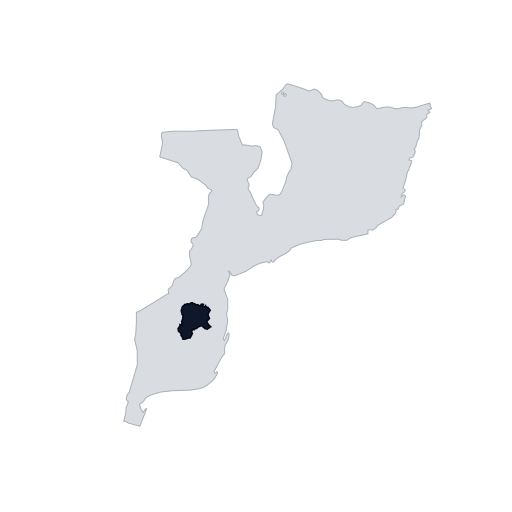 location of Mabote, Inhambane, Mozambique, rotated 17°
{"feature_id": "85939544B65323255513357", "entity_name": "Mabote", "entity_type": "district", "adm_level": 2, "iso_a3": "MOZ", "parent_name": "Mozambique", "parent_adm1": "Inhambane", "projection": "albers", "projection_center": [33.733, -22.104], "detail": "fine", "context": "in_parent", "style": "filled", "palette": "ink", "viewbox_px": 512, "rotation_deg": 17, "n_neighbors": 0, "source": "geoboundaries", "source_scale": "gbopen_adm2", "svg_char_len": 7858}
<svg xmlns="http://www.w3.org/2000/svg" viewBox="0 0 512 512"><g transform="rotate(17 256 256)"><path d="M158.1,344.8L161.2,342.3L182.2,318.5L183.5,317.6L181.8,313.7L184.5,309.1L184.8,302.0L185.7,300.9L188.9,298.5L193.4,291.2L196.2,285.5L196.5,282.8L192.4,275.2L191.1,271.0L192.4,267.5L192.8,264.1L192.2,263.0L189.7,261.6L189.3,260.2L189.3,258.4L189.8,257.4L192.8,255.8L193.5,255.0L196.0,246.0L195.1,239.3L195.0,231.5L195.6,223.6L195.3,219.1L193.3,213.9L193.1,210.1L194.5,207.5L194.7,206.0L189.9,205.2L187.4,203.0L178.2,199.7L171.0,199.3L165.0,194.2L160.4,193.4L154.3,189.7L135.5,189.4L134.9,189.0L133.9,177.5L133.1,173.8L130.7,169.8L130.0,167.0L130.1,165.2L140.5,160.8L160.9,154.6L165.5,152.6L200.5,140.6L201.5,141.3L205.0,147.3L210.8,154.0L212.3,153.1L220.7,152.0L221.9,151.1L224.5,150.5L227.4,150.2L228.4,150.6L231.5,154.8L232.5,162.6L232.6,167.9L232.2,171.7L229.7,176.0L227.9,181.5L225.2,184.5L225.3,185.9L228.3,189.3L228.9,190.6L228.7,193.5L229.2,194.7L231.8,196.4L233.8,199.2L241.3,207.2L243.2,208.6L244.7,209.0L245.4,210.6L245.0,212.4L243.8,213.4L244.3,214.9L245.7,216.1L249.1,216.0L249.5,215.4L249.4,208.4L248.2,204.3L246.8,202.4L249.8,194.8L251.4,192.7L257.0,192.0L259.6,191.3L260.7,190.4L261.6,188.0L262.4,181.2L262.7,174.9L262.2,171.2L263.1,165.6L264.4,162.2L263.8,161.5L263.4,156.8L249.3,138.0L241.2,129.6L239.9,128.7L235.4,128.0L233.0,124.9L231.2,108.2L228.2,96.1L233.0,88.2L234.6,83.1L235.6,82.3L239.7,82.0L254.0,82.3L257.5,82.8L259.2,82.4L262.9,79.3L266.0,79.4L270.1,81.4L272.3,83.2L272.7,84.7L275.5,85.6L280.6,85.9L284.4,85.2L286.8,83.5L289.3,82.6L291.8,82.6L293.8,83.2L295.1,84.6L297.6,85.6L301.3,86.2L305.4,85.5L309.9,83.3L312.5,81.0L314.0,77.1L314.8,76.6L321.1,76.4L324.4,77.3L328.6,79.8L336.1,75.7L340.9,74.3L345.3,74.5L349.0,73.6L352.0,71.6L355.0,70.3L361.3,69.0L365.5,67.0L377.5,58.9L378.7,61.5L380.9,63.8L377.7,66.2L380.3,67.8L378.3,70.1L378.0,71.8L378.8,73.4L377.4,76.1L375.6,78.1L375.1,79.6L376.5,82.5L375.5,87.5L377.5,95.9L376.6,98.6L376.9,105.2L375.9,107.5L377.3,108.4L378.0,111.1L377.1,115.6L374.5,117.4L374.2,119.3L377.3,119.5L377.1,125.2L376.6,126.9L377.2,128.9L376.2,131.0L376.9,140.2L376.7,146.9L376.9,148.0L379.5,149.3L379.4,151.1L377.5,153.4L377.5,157.0L379.5,154.2L380.7,154.3L381.7,155.5L381.5,159.5L382.0,161.6L381.7,163.3L378.4,166.5L378.1,169.8L376.8,170.1L376.2,170.9L376.9,172.8L376.8,174.5L374.4,179.5L363.3,191.3L362.9,193.4L360.1,197.1L357.1,197.6L355.5,198.6L356.6,202.1L342.2,210.2L340.7,211.3L338.3,214.4L333.6,215.9L328.6,216.0L327.7,216.6L316.1,220.3L313.8,222.1L308.9,223.7L301.2,227.9L294.8,231.8L287.6,237.8L286.6,241.1L283.2,245.4L278.1,250.4L275.1,254.6L274.8,256.5L273.1,257.0L271.6,255.2L270.9,258.6L269.7,258.8L268.4,258.1L262.1,261.7L257.3,265.8L250.7,273.7L241.0,281.4L238.8,281.6L235.8,278.9L234.2,278.6L236.6,281.6L236.4,288.1L235.2,295.8L235.3,297.4L241.6,305.6L244.6,315.1L244.8,320.0L247.9,326.3L249.2,335.7L248.8,344.4L250.3,345.9L250.9,344.6L251.2,339.1L252.0,337.6L252.9,337.9L253.7,340.9L253.9,344.0L252.6,350.8L253.0,353.6L254.5,358.3L252.6,363.7L249.7,378.6L250.3,379.6L251.7,379.9L252.2,378.3L253.0,378.3L253.5,379.3L252.2,385.1L251.1,387.7L246.9,394.0L244.7,396.6L241.0,399.3L232.5,403.4L215.4,409.3L204.6,414.0L196.1,419.6L192.4,423.4L190.9,427.7L188.0,432.2L190.6,435.9L193.8,438.6L195.2,434.1L196.1,434.1L194.7,452.7L183.0,453.1L179.7,452.4L177.8,452.6L177.5,444.8L176.1,439.0L176.6,434.9L176.4,432.6L173.9,431.2L173.3,426.7L174.6,423.3L174.3,394.8L170.0,381.0L164.2,371.1L163.9,366.1L161.2,355.1L158.1,344.8ZM236.1,95.0L237.6,94.3L237.9,92.9L236.9,92.3L236.0,92.4L235.6,94.6L236.1,95.0ZM235.1,92.5L233.9,91.5L233.0,91.7L232.7,92.6L233.6,93.7L234.6,93.8L235.1,92.5Z" fill="#d9dde1" stroke="#a8b0b8" stroke-width="1"/><path d="M211.2,356.7L211.5,356.6L212.0,356.5L212.3,356.4L212.5,356.3L212.6,356.1L212.9,355.9L216.0,353.8L217.0,353.6L217.9,348.7L216.4,347.1L217.2,344.6L217.3,344.5L217.9,344.5L217.7,344.3L217.6,344.2L217.7,343.9L217.9,343.8L218.2,343.7L218.7,343.5L218.9,343.5L220.0,343.0L221.9,340.4L224.5,338.4L225.6,338.9L225.7,339.0L226.0,339.2L226.1,339.3L226.3,339.3L226.6,339.6L227.0,339.6L227.4,339.8L227.7,339.9L228.0,340.3L230.7,340.3L233.5,336.9L231.3,335.9L229.6,334.6L228.1,333.0L228.0,332.9L228.0,332.7L228.8,331.6L228.9,331.1L229.8,329.4L227.7,326.8L227.5,326.6L227.3,326.1L227.3,325.7L227.2,325.4L227.2,325.1L227.3,324.8L227.3,324.6L227.3,324.4L227.4,324.2L227.5,324.1L227.5,323.5L227.5,323.1L228.1,321.5L227.7,321.2L227.5,320.7L227.2,320.5L227.0,320.3L226.6,320.2L226.2,320.1L225.6,319.9L225.5,319.7L225.3,319.2L225.2,319.2L224.8,319.2L224.4,319.4L224.1,319.4L223.9,319.2L223.1,319.1L222.6,318.8L222.4,318.5L222.3,318.3L222.2,318.5L222.1,318.8L222.0,319.0L221.6,319.4L221.1,320.0L220.9,319.9L220.4,319.9L219.9,319.9L219.9,319.7L219.8,319.4L219.8,319.2L219.8,318.6L219.7,318.3L219.8,318.1L220.0,317.9L220.0,317.6L219.9,317.6L219.6,317.6L219.3,317.8L218.6,317.8L218.4,317.7L218.2,317.9L217.9,318.0L217.7,318.2L217.7,318.4L217.8,318.5L217.8,318.8L217.8,319.0L217.7,319.1L217.6,319.3L217.4,319.4L217.4,319.5L217.5,319.5L217.4,319.7L217.4,319.8L217.3,320.0L217.2,320.0L217.1,319.9L216.8,320.1L216.6,320.1L216.2,320.3L216.0,320.2L215.7,320.1L215.5,319.9L215.3,319.8L215.3,319.7L215.2,319.7L215.1,319.8L215.0,319.7L214.9,319.7L214.7,319.7L214.4,319.6L214.2,319.8L213.9,319.9L214.0,320.1L213.9,320.2L213.6,320.3L213.4,320.4L213.3,320.5L213.2,320.5L213.1,320.4L212.9,320.4L212.7,320.2L212.6,320.3L212.5,320.1L212.3,320.1L212.2,320.2L212.1,319.9L211.8,319.9L211.6,319.8L211.6,319.7L211.3,319.5L211.2,319.5L210.7,319.8L210.6,319.7L210.4,319.7L210.3,319.8L210.0,319.8L209.9,319.7L209.6,319.7L209.3,319.6L209.1,319.6L209.0,319.4L208.8,319.5L208.7,319.4L208.5,319.5L208.4,319.5L208.2,319.5L207.8,319.7L207.7,319.8L207.6,320.0L207.3,320.3L207.2,320.3L207.0,320.5L206.9,321.0L206.7,321.0L206.4,321.2L206.0,321.4L205.9,321.4L205.6,321.5L205.3,321.8L205.2,321.8L205.1,321.7L204.9,321.7L204.7,321.8L204.6,321.7L204.4,321.7L204.1,321.8L203.8,322.3L203.6,322.4L203.2,322.5L203.0,322.8L202.8,323.1L202.7,323.2L202.3,323.1L201.9,323.2L201.8,323.3L202.0,323.9L202.0,324.0L201.8,324.3L201.4,324.5L201.1,324.8L201.2,325.0L201.2,325.3L200.9,325.3L200.2,326.9L200.8,328.3L200.4,329.3L200.3,329.5L201.0,331.2L202.2,333.1L202.3,333.4L203.1,334.1L204.3,334.6L204.1,335.3L203.9,335.5L203.9,335.9L203.9,336.1L204.0,336.1L204.1,336.3L204.0,336.5L204.4,336.7L204.5,336.9L204.6,337.0L204.7,337.3L204.7,337.6L204.8,337.7L204.7,337.8L204.8,337.9L204.7,338.1L204.6,338.3L204.4,338.3L204.2,338.3L204.2,338.6L204.3,338.6L204.3,338.8L204.2,339.0L204.2,339.3L204.1,339.7L204.0,339.9L204.0,340.0L204.0,340.3L204.1,340.5L204.3,340.7L204.5,340.8L204.8,340.9L205.0,341.2L205.0,341.3L204.9,341.3L205.0,341.4L205.0,341.5L204.9,341.5L204.7,342.0L204.6,342.3L204.7,342.5L204.7,342.8L204.8,343.0L204.8,343.3L205.0,343.5L205.2,343.8L205.3,343.9L205.2,343.9L205.1,344.0L205.0,343.9L204.8,343.9L204.6,343.7L204.4,343.7L204.1,344.0L203.8,343.9L203.7,343.9L203.8,344.0L203.7,344.1L203.8,344.2L203.6,344.4L203.6,344.5L203.6,344.8L203.6,345.0L203.5,345.3L203.6,345.5L203.5,345.8L203.4,345.9L203.4,346.2L203.3,346.3L203.3,346.5L203.2,346.7L203.2,346.8L203.1,347.0L203.1,347.3L203.0,347.5L202.9,347.6L202.9,347.8L202.7,348.0L202.8,348.4L202.9,348.5L203.0,348.5L202.9,348.7L203.0,348.9L203.1,349.0L203.3,349.3L203.4,349.5L203.5,349.7L203.5,349.8L203.5,349.7L203.6,349.8L203.8,350.0L203.7,350.1L203.9,350.3L203.9,350.6L204.0,350.8L204.2,350.7L204.6,350.6L204.8,350.9L205.1,351.0L205.4,351.1L205.6,351.3L205.9,351.5L206.1,351.7L206.4,351.8L206.7,351.8L206.9,351.9L206.9,352.0L207.0,352.4L207.2,352.7L207.3,352.8L207.6,352.9L207.8,353.0L207.7,353.2L207.6,353.3L207.5,353.5L207.9,353.6L208.0,353.8L207.9,354.0L208.0,354.2L208.5,354.6L209.0,354.9L209.5,355.2L209.7,355.6L209.7,355.9L210.1,356.1L210.2,356.4L210.7,356.5L210.8,356.5L211.1,356.3L211.3,356.5L211.2,356.7Z" fill="#0f172a" stroke="#020617" stroke-width="1.5"/></g></svg>